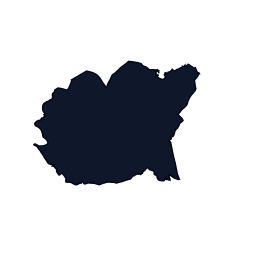 Humbang Hasundutan, Sumatera Utara, Indonesia (Natural Earth projection), rotated 329°
{"feature_id": "22746128B305851071948", "entity_name": "Humbang Hasundutan", "entity_type": "district", "adm_level": 2, "iso_a3": "IDN", "parent_name": "Indonesia", "parent_adm1": "Sumatera Utara", "projection": "natural_earth1", "projection_center": [98.603, 2.238], "detail": "fine", "context": "isolated", "style": "filled", "palette": "ink", "viewbox_px": 256, "rotation_deg": 329, "n_neighbors": 0, "source": "geoboundaries", "source_scale": "gbopen_adm2", "svg_char_len": 5701}
<svg xmlns="http://www.w3.org/2000/svg" viewBox="0 0 256 256"><g transform="rotate(329 128 128)"><path d="M183.7,94.9L183.5,94.7L183.4,94.4L183.4,93.5L182.9,93.0L182.2,92.9L181.7,92.8L181.4,92.6L181.3,92.3L181.0,92.2L180.9,92.0L180.6,91.9L180.4,91.7L179.8,91.1L179.2,90.8L178.8,90.4L177.3,89.9L176.8,89.5L176.2,88.6L175.8,87.7L175.5,86.5L174.8,85.0L172.8,82.4L172.5,81.7L172.4,81.2L172.6,80.8L172.5,80.1L172.4,79.7L169.6,76.6L169.2,76.4L168.6,75.8L168.2,75.6L168.0,75.4L167.9,75.2L164.8,72.7L164.7,72.6L162.7,71.2L160.6,71.7L158.4,72.0L154.4,72.3L151.5,72.8L149.7,73.4L149.2,73.6L148.8,73.4L147.2,73.8L146.0,74.2L142.7,74.4L140.8,75.0L138.4,76.9L133.5,79.7L131.0,82.0L129.8,82.9L130.0,82.7L130.1,81.8L129.9,78.5L129.7,76.6L129.6,72.5L129.5,70.1L129.4,70.0L129.3,69.0L128.9,67.3L128.4,65.9L127.8,64.8L127.4,64.3L127.2,63.8L124.8,60.8L121.8,57.9L104.4,57.7L104.5,58.0L103.4,59.1L102.3,60.1L97.8,63.3L96.0,64.0L95.4,64.1L94.5,63.5L94.1,63.0L91.9,60.5L88.6,57.7L85.0,57.8L84.4,58.4L83.0,59.4L82.1,59.6L81.1,59.7L80.1,60.9L79.5,62.5L78.3,63.7L76.5,64.2L75.9,63.8L74.4,64.0L73.3,64.0L72.0,63.7L69.9,63.7L68.4,63.8L66.6,64.8L65.5,66.3L64.3,68.3L64.0,69.7L64.0,71.1L64.4,72.7L64.4,73.0L64.0,73.1L63.6,73.1L62.8,73.3L62.9,74.7L62.9,74.9L62.4,75.2L61.6,75.2L61.3,75.3L60.2,75.6L59.9,75.5L59.4,75.1L59.0,75.1L58.7,75.2L57.6,75.9L57.0,76.2L56.6,76.3L55.9,75.7L55.5,75.5L55.2,75.7L54.7,75.6L53.7,75.2L51.2,75.7L50.6,76.0L50.3,76.3L50.1,76.9L49.9,77.9L50.0,78.3L50.3,79.0L50.8,79.8L51.9,81.6L52.2,82.6L52.4,83.6L52.5,84.6L52.5,85.8L52.2,86.7L52.1,87.7L51.6,89.4L50.9,91.1L50.8,91.5L50.7,91.8L50.9,92.6L51.8,94.8L52.1,95.9L52.2,96.3L52.2,97.1L51.9,99.1L51.4,99.9L51.1,100.0L50.0,100.3L49.0,100.3L48.1,100.3L47.5,100.0L46.6,99.8L45.3,99.3L44.5,98.8L43.5,98.3L42.4,97.5L41.6,96.4L41.2,95.5L40.2,93.9L39.7,93.6L38.8,93.8L38.8,94.4L39.6,95.2L40.0,96.0L40.4,97.0L40.6,97.9L40.6,98.7L40.7,100.4L41.1,102.4L41.0,103.7L41.1,105.7L41.2,107.1L41.2,108.8L41.2,110.7L41.5,117.5L43.2,119.5L43.8,120.1L44.3,120.6L44.8,120.8L44.5,120.1L45.1,120.7L45.7,121.2L43.7,121.7L45.1,122.8L44.9,123.1L44.9,123.6L45.2,125.2L45.7,127.0L45.4,127.0L44.5,128.3L44.4,128.9L44.5,132.0L44.7,132.8L45.2,132.9L45.8,132.8L46.3,132.8L47.3,132.4L47.9,132.4L48.1,132.4L48.2,132.8L48.3,133.8L48.7,135.3L48.8,136.3L48.8,137.6L49.1,138.8L47.0,142.1L48.2,143.3L49.7,144.1L51.1,145.2L52.9,148.3L54.0,149.7L54.7,150.2L55.9,150.3L56.6,149.8L56.9,150.4L57.8,150.5L58.8,150.5L59.4,151.2L61.3,150.1L61.8,153.4L63.3,154.1L65.6,154.5L66.1,154.8L66.6,155.4L67.6,155.9L69.1,157.0L70.8,158.1L74.1,161.8L75.3,162.0L76.6,162.2L77.9,162.5L78.8,162.5L79.6,163.0L80.3,163.1L81.7,163.4L83.2,164.2L84.6,164.8L84.9,165.3L86.8,166.5L88.4,167.7L89.6,169.1L92.2,169.8L95.6,170.9L97.8,171.3L101.4,172.2L103.3,172.8L104.5,172.7L106.2,172.1L106.7,171.8L107.2,171.8L108.1,171.7L108.8,172.1L109.5,171.9L110.8,172.0L111.5,171.8L112.3,172.0L112.7,172.7L113.8,173.1L114.3,173.5L115.0,174.4L115.9,174.2L117.0,174.2L117.7,173.7L118.7,173.1L119.6,173.1L120.4,172.5L121.4,172.8L122.2,172.1L124.3,171.8L125.3,175.2L125.7,175.4L125.8,175.3L125.9,175.6L126.0,175.8L126.3,176.5L127.3,177.3L127.9,177.9L127.7,179.1L127.5,180.0L127.2,180.3L127.0,180.7L126.8,180.8L126.8,181.6L127.6,182.6L127.8,183.4L128.2,184.3L127.9,185.0L127.4,185.6L127.3,186.3L127.3,187.2L127.5,188.0L127.8,188.9L129.4,190.3L131.1,191.4L131.9,191.7L133.0,191.0L134.1,191.0L134.4,191.9L135.3,192.3L135.6,192.7L135.7,192.2L137.1,194.3L137.7,193.2L138.0,191.0L138.6,190.0L138.8,189.8L139.8,190.2L141.9,194.6L144.1,197.5L144.6,198.0L145.3,197.8L145.4,198.1L145.6,198.3L146.5,193.0L147.8,189.4L150.5,181.9L150.4,181.9L153.1,173.4L156.9,162.9L157.1,162.4L156.8,159.7L158.0,159.3L158.6,159.7L159.4,159.5L159.6,159.2L160.2,158.1L160.3,158.1L162.7,158.2L164.5,156.9L166.7,154.7L168.7,153.8L170.5,153.5L173.3,151.8L173.9,151.2L174.9,150.6L177.7,150.3L179.1,149.8L179.1,148.8L179.1,147.4L178.9,146.9L178.8,146.2L178.4,144.8L177.8,142.2L179.1,141.6L181.4,140.9L182.6,140.2L186.4,139.4L187.6,139.2L189.2,138.8L190.7,138.2L192.0,137.0L193.2,135.8L194.8,134.8L196.5,133.6L197.9,132.8L198.0,132.9L198.3,132.6L200.9,131.8L202.2,131.4L203.1,131.0L204.7,130.5L205.3,130.1L205.6,129.4L206.4,129.3L207.2,126.6L208.4,124.0L209.2,122.0L209.4,121.2L210.6,120.8L210.8,120.8L213.2,119.9L213.6,119.8L214.0,119.6L214.2,119.4L215.3,118.9L215.2,117.8L215.6,117.7L216.3,117.8L217.1,118.3L217.2,117.6L217.0,117.2L216.7,116.9L216.4,116.4L216.2,115.7L216.1,115.3L216.4,113.0L216.8,111.1L216.2,111.0L215.7,110.7L215.2,110.3L214.6,109.1L214.5,108.6L213.7,107.7L213.8,107.1L213.4,106.4L212.6,104.6L212.2,104.4L211.9,104.6L211.7,104.6L210.1,104.9L209.3,104.9L209.1,104.7L208.7,103.8L208.4,104.1L208.6,103.9L207.5,104.2L206.4,103.1L206.1,103.6L205.3,103.8L204.6,103.7L204.1,103.5L203.1,103.5L202.3,103.6L201.2,103.4L200.1,103.1L199.5,103.0L198.1,103.4L197.8,103.3L197.0,102.5L196.2,101.3L196.1,100.5L194.7,101.1L193.1,101.5L192.5,101.3L192.0,101.2L191.2,100.8L190.7,101.3L189.3,101.6L189.4,101.4L189.5,100.9L189.0,100.4L188.3,99.8L187.3,101.0L187.0,100.8L186.7,101.0L186.5,101.5L186.5,101.9L186.6,103.0L185.8,103.8L185.4,104.2L184.9,104.4L184.1,104.4L183.4,104.6L183.0,104.4L182.2,103.9L181.5,103.1L181.2,102.6L181.0,102.4L180.5,101.9L180.2,101.7L180.2,101.1L180.0,100.4L179.6,100.1L179.5,99.7L179.4,99.0L179.2,98.8L179.2,98.3L179.1,97.8L179.0,97.5L179.2,97.2L179.3,96.6L179.6,96.4L179.8,95.9L180.0,95.8L180.4,95.3L180.5,94.9L180.8,94.5L181.0,94.3L181.3,94.2L182.0,94.3L182.5,94.4L182.9,94.7L183.0,94.9L183.4,95.0L183.7,94.9ZM180.7,98.5L180.9,98.5L181.0,98.3L181.0,98.1L180.7,97.6L180.5,97.9L180.5,98.3L180.6,98.5L180.7,98.5ZM183.0,95.7L182.9,95.6L182.8,96.1L182.9,96.3L183.0,96.2L182.9,96.1L183.0,95.7Z" fill="#0f172a" stroke="#020617" stroke-width="1.5"/></g></svg>